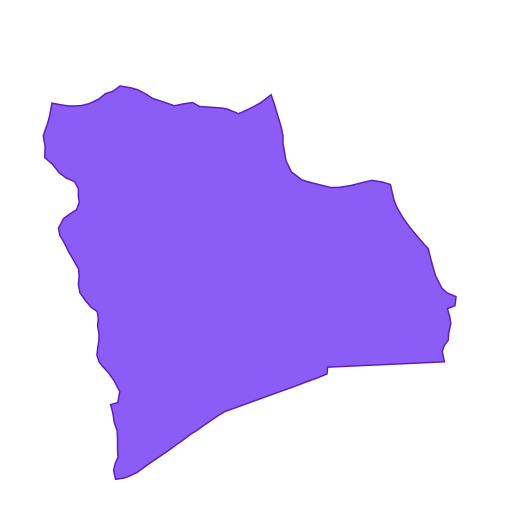 outline of Cajueiro da Praia, Piauí, Brazil, rotated 349°
{"feature_id": "56859067B66814431717617", "entity_name": "Cajueiro da Praia", "entity_type": "district", "adm_level": 2, "iso_a3": "BRA", "parent_name": "Brazil", "parent_adm1": "Piauí", "projection": "natural_earth1", "projection_center": [-41.374, -2.991], "detail": "fine", "context": "isolated", "style": "filled", "palette": "violet", "viewbox_px": 512, "rotation_deg": 349, "n_neighbors": 0, "source": "geoboundaries", "source_scale": "gbopen_adm2", "svg_char_len": 1760}
<svg xmlns="http://www.w3.org/2000/svg" viewBox="0 0 512 512"><g transform="rotate(349 256 256)"><path d="M301.6,100.6L289.5,106.6L282.4,108.8L275.4,110.8L266.1,113.0L255.8,106.3L250.5,104.2L236.5,100.4L229.4,98.6L223.0,93.3L214.0,92.8L204.7,93.0L198.1,89.2L190.0,84.6L184.6,81.6L178.5,75.7L171.9,70.4L165.2,67.0L155.0,63.2L146.9,67.0L139.3,67.9L131.6,71.9L121.6,74.6L113.1,75.0L107.2,74.2L100.5,72.9L92.7,70.1L84.9,67.0L80.1,79.2L76.7,86.1L73.5,91.4L70.1,97.6L69.9,108.1L67.4,119.1L73.7,127.1L78.8,136.9L84.6,143.3L92.1,148.4L94.5,156.0L93.0,163.5L92.7,170.0L88.5,176.4L81.5,179.1L74.3,182.5L67.4,191.0L67.4,198.2L70.5,207.1L73.1,216.7L76.8,227.2L79.4,234.9L78.5,242.1L76.2,250.1L76.1,258.5L80.3,267.6L84.3,274.9L89.5,280.1L89.3,287.0L87.2,294.3L87.0,302.8L85.5,309.4L83.0,316.1L80.9,323.0L81.8,330.1L84.6,335.5L88.5,341.7L93.0,351.5L96.4,363.0L92.4,373.5L84.9,374.2L85.5,382.2L85.1,392.4L86.4,401.3L84.6,412.2L83.0,420.5L82.2,427.1L78.2,432.8L75.3,439.3L75.5,448.4L83.9,448.8L89.5,448.0L98.4,445.6L108.6,440.8L115.6,437.7L121.6,435.1L127.3,432.7L134.3,429.6L141.4,426.2L149.5,422.6L158.1,418.4L165.5,415.6L171.8,412.6L178.5,409.7L188.3,405.5L195.6,402.8L236.5,396.4L246.5,394.8L262.2,392.4L268.2,391.5L279.7,389.5L292.5,387.5L303.2,385.3L305.1,378.8L420.8,395.8L420.6,385.3L423.8,379.7L428.6,375.3L430.4,368.6L434.3,359.6L434.6,352.3L433.8,344.2L441.8,342.8L444.6,334.1L436.4,328.6L432.3,323.0L428.5,309.8L427.5,299.0L426.8,289.2L426.5,281.6L423.3,276.6L417.5,266.5L412.3,256.9L407.3,246.0L403.3,234.2L402.1,226.9L401.6,211.5L393.7,207.3L384.1,203.8L361.8,204.9L350.7,204.5L342.6,203.1L325.4,195.1L315.7,190.2L306.8,180.2L303.6,168.2L304.0,150.9L305.5,142.6L305.3,133.8L302.8,109.0L301.6,100.6Z" fill="#8b5cf6" stroke="#5b21b6" stroke-width="1.5"/></g></svg>